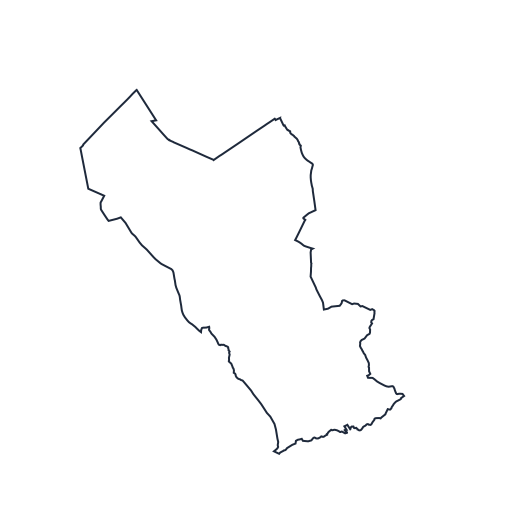 Sahuayo, Michoacán, Mexico (Albers equal-area conic projection), rotated 235°
{"feature_id": "50627088B51707940483337", "entity_name": "Sahuayo", "entity_type": "district", "adm_level": 2, "iso_a3": "MEX", "parent_name": "Mexico", "parent_adm1": "Michoacán", "projection": "albers", "projection_center": [-102.785, 20.048], "detail": "fine", "context": "isolated", "style": "outline", "palette": "slate", "viewbox_px": 512, "rotation_deg": 235, "n_neighbors": 0, "source": "geoboundaries", "source_scale": "gbopen_adm2", "svg_char_len": 5970}
<svg xmlns="http://www.w3.org/2000/svg" viewBox="0 0 512 512"><g transform="rotate(235 256 256)"><path d="M460.5,253.5L460.5,253.3L460.3,252.0L459.6,247.9L458.7,243.8L457.9,239.6L457.2,235.6L456.5,231.4L455.8,227.4L455.1,223.5L452.4,207.9L451.9,205.5L446.4,178.4L445.8,177.8L445.6,176.7L445.4,175.5L445.2,174.0L443.3,173.2L437.5,170.6L407.3,157.2L400.2,161.5L392.4,166.2L389.4,160.4L389.0,159.5L388.6,159.1L387.3,158.2L385.4,157.1L383.6,155.9L382.9,155.7L382.0,155.6L376.3,155.4L371.2,155.3L369.3,155.4L367.4,160.4L366.2,163.6L365.2,167.4L357.9,168.1L346.4,167.3L345.3,167.4L342.1,168.2L340.7,168.4L333.7,168.4L331.6,168.6L330.2,168.7L327.3,169.4L326.1,169.7L323.9,170.2L313.9,171.4L310.9,171.9L305.1,173.5L303.7,174.0L299.8,176.0L297.9,177.0L293.9,179.1L292.9,179.3L292.2,179.4L290.9,179.2L289.6,178.8L284.2,176.2L282.5,175.5L278.3,173.4L275.7,172.5L270.9,171.4L267.6,170.7L266.2,170.1L263.8,168.8L258.2,166.2L256.1,165.1L253.9,164.0L251.8,163.3L249.6,162.8L248.1,162.7L246.6,162.6L244.6,162.7L242.6,162.8L240.3,163.1L238.2,163.8L236.9,164.4L232.7,165.6L230.3,166.0L227.3,166.6L225.2,167.3L226.4,168.3L227.1,169.0L228.0,170.5L227.5,171.8L226.6,173.1L225.9,174.2L224.9,177.0L223.7,176.4L223.4,176.0L222.6,175.3L222.1,175.1L220.1,175.2L218.0,175.0L213.6,175.7L210.2,175.6L207.3,175.1L206.0,174.8L204.7,174.7L204.0,175.1L203.4,175.7L203.4,176.5L202.7,177.2L201.8,178.6L201.3,178.9L200.7,179.1L199.9,179.4L199.4,179.7L199.1,180.1L198.6,180.3L197.8,180.8L197.1,180.8L196.4,180.3L195.2,180.0L194.4,179.4L193.8,179.5L192.9,179.6L192.2,178.5L191.5,178.2L190.6,178.0L190.2,177.7L188.2,175.5L186.6,174.5L185.9,174.0L185.5,173.4L185.0,173.3L182.0,174.0L178.9,173.3L177.8,172.9L176.8,173.0L174.9,172.3L173.1,170.8L171.6,171.4L170.7,171.3L169.5,170.7L168.1,170.5L166.8,170.7L165.7,171.0L164.8,171.6L164.1,172.2L162.9,172.6L162.1,173.3L161.6,173.6L158.8,173.9L148.6,174.8L144.4,174.6L140.9,174.8L136.5,175.1L131.7,175.3L125.9,175.1L121.3,174.9L116.2,175.6L107.8,174.8L102.4,172.8L94.1,168.8L90.9,167.5L88.6,165.3L86.9,164.6L86.3,163.5L86.0,162.3L85.8,160.1L85.7,158.7L80.7,161.5L81.1,162.8L81.0,164.3L80.7,166.4L80.8,167.1L80.4,167.9L80.2,168.8L80.3,169.7L80.8,171.0L80.8,171.9L80.5,177.5L79.7,180.8L81.7,182.7L81.5,184.8L80.6,186.8L80.0,188.6L77.7,188.4L74.3,192.4L73.2,195.6L74.0,198.2L73.9,199.6L73.0,200.3L72.1,200.6L71.5,201.4L70.9,202.3L70.7,203.7L70.6,205.0L70.8,206.0L70.3,206.5L69.5,207.0L69.1,207.8L69.1,209.2L69.1,210.2L68.8,211.7L69.5,212.0L69.4,212.5L70.1,214.0L70.3,215.1L70.5,217.9L69.6,218.4L69.1,219.5L68.8,220.4L68.3,221.0L67.3,221.9L66.7,222.4L65.1,223.3L63.6,223.9L63.3,224.3L63.2,225.1L63.0,225.6L62.3,226.0L59.6,227.3L59.0,229.1L59.2,229.3L59.5,229.3L59.5,229.1L62.5,228.8L62.5,229.2L61.7,230.5L65.8,230.7L65.3,233.8L65.3,234.0L60.1,233.8L60.2,234.3L60.7,234.6L61.0,235.0L61.3,235.6L61.3,236.9L60.6,237.4L60.4,238.0L58.8,237.7L58.1,238.4L57.8,239.5L55.9,239.9L55.7,239.7L55.3,240.0L54.7,240.1L53.9,240.6L53.4,241.5L53.3,242.3L53.8,244.1L54.5,245.7L54.5,246.7L54.4,247.4L54.3,248.1L54.3,248.7L54.6,249.9L54.5,250.4L54.4,250.8L53.9,251.4L53.3,251.5L51.9,253.0L52.1,254.3L52.5,255.0L53.1,256.3L53.9,258.9L54.6,259.6L54.7,260.3L54.3,261.4L53.7,262.3L52.4,264.2L51.5,264.9L51.8,266.0L52.1,271.2L52.5,271.6L55.0,276.1L53.7,277.2L53.2,277.9L53.4,278.7L53.7,279.7L54.2,280.2L54.6,281.1L55.1,282.6L55.6,283.5L56.0,284.9L56.4,287.0L56.3,288.3L56.1,289.4L55.8,291.8L55.8,292.6L56.0,293.1L56.4,293.4L56.4,297.0L59.0,296.9L60.5,295.1L61.3,293.8L61.7,292.7L62.3,292.1L63.3,292.0L66.2,292.7L68.3,293.4L69.0,293.4L70.1,293.6L70.9,293.3L71.4,292.6L72.8,289.7L74.3,288.2L76.1,287.0L80.9,284.5L83.8,283.2L87.2,282.3L88.3,281.9L89.2,281.6L89.9,280.8L91.0,279.2L91.6,278.4L92.0,277.9L94.1,278.4L93.7,279.9L93.9,282.0L96.7,282.5L99.8,284.6L100.6,284.6L101.8,285.9L103.6,287.0L106.4,287.5L109.6,287.9L111.4,288.4L112.4,288.7L114.3,288.5L115.4,288.6L116.4,288.9L117.5,288.8L118.6,289.1L121.1,289.2L122.2,289.5L122.6,289.5L124.4,291.1L125.5,291.7L126.2,292.7L126.6,294.4L126.1,297.5L127.4,301.6L127.1,304.3L127.8,305.4L130.3,307.3L132.0,307.6L132.7,308.6L134.2,312.4L135.5,312.3L136.1,312.8L136.7,313.4L137.0,314.5L136.8,316.0L141.2,320.3L142.3,320.9L142.9,321.6L143.9,321.6L145.8,320.7L146.3,318.7L154.0,314.4L154.7,312.7L158.3,312.0L160.8,309.1L161.4,307.1L168.9,303.1L169.8,301.7L169.8,300.7L168.4,299.3L167.9,298.2L167.2,296.0L171.2,288.8L171.5,285.2L171.6,284.6L173.2,280.9L179.3,284.1L181.9,284.7L186.9,285.3L193.9,286.3L195.9,286.9L207.8,288.9L211.7,292.1L214.6,294.2L216.1,295.5L217.3,296.3L218.2,297.2L218.8,297.2L227.6,302.8L229.7,304.9L229.5,306.7L231.5,305.1L235.1,302.4L236.7,301.3L238.1,300.8L240.0,300.3L242.2,299.5L243.9,298.7L246.6,297.2L248.0,299.9L250.4,304.3L256.9,316.0L257.3,317.1L259.6,316.4L259.9,316.5L260.2,316.8L260.6,321.8L260.7,323.8L259.4,331.1L260.0,331.4L267.0,335.0L276.6,339.8L278.5,341.0L279.9,341.5L281.9,342.2L282.7,342.6L284.3,343.3L286.5,344.4L288.9,345.8L290.9,347.2L294.4,350.4L295.6,352.0L296.9,353.5L297.6,354.4L298.1,354.9L299.2,355.1L304.8,352.9L306.3,352.5L308.3,352.1L310.2,352.0L312.4,352.3L314.3,352.7L317.1,353.7L319.6,354.8L320.2,355.5L320.7,356.0L321.3,355.9L321.9,355.6L322.5,355.6L323.0,355.7L323.0,355.9L324.9,356.4L325.7,356.3L326.7,356.6L328.7,356.7L330.7,356.2L331.2,356.1L331.8,355.9L332.4,356.0L332.8,355.9L333.6,355.6L334.4,355.5L335.3,354.9L337.3,354.7L337.8,355.0L338.2,355.3L338.6,355.5L339.6,354.8L340.5,354.7L340.8,354.2L341.6,354.0L345.2,354.2L346.5,354.4L346.5,354.0L346.6,353.8L346.8,353.5L347.1,353.5L347.5,353.5L352.8,354.4L355.2,354.8L355.3,354.9L355.7,352.7L356.0,350.9L356.1,350.1L357.1,350.2L357.7,350.1L357.8,343.7L357.9,340.6L357.9,337.5L358.1,328.7L358.4,305.1L358.7,289.0L358.7,287.5L358.8,284.6L358.9,284.0L358.9,276.3L359.4,276.3L359.9,275.9L365.9,272.2L378.2,264.9L378.6,264.7L381.5,262.8L384.4,261.1L396.0,254.0L396.5,253.7L396.9,253.6L400.6,251.3L400.9,251.6L402.3,250.7L409.3,249.8L416.4,249.0L418.9,248.7L426.3,247.8L424.4,252.0L460.5,253.5Z" fill="none" stroke="#1e293b" stroke-width="2"/></g></svg>